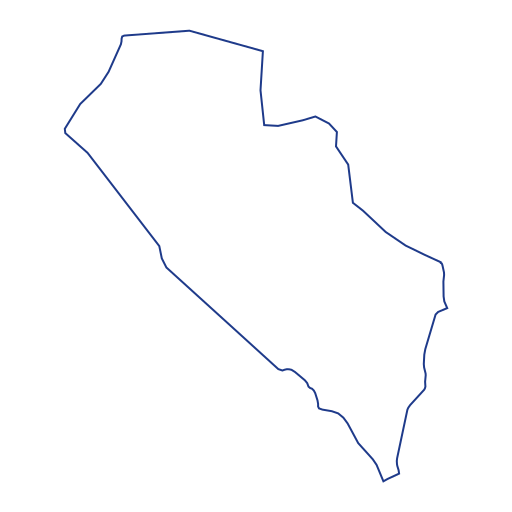 the Prefecture of Mayo-Kebbi Ouest
{"feature_id": "TCD-4858", "entity_name": "Mayo-Kebbi Ouest", "entity_type": "Prefecture", "adm_level": 1, "iso_a3": "TCD", "parent_name": "Chad", "parent_adm1": "", "projection": "robinson", "projection_center": [14.975, 9.209], "detail": "fine", "context": "isolated", "style": "outline", "palette": "blue", "viewbox_px": 512, "rotation_deg": 0, "n_neighbors": 0, "source": "natural_earth", "source_scale": "10m", "svg_char_len": 1251}
<svg xmlns="http://www.w3.org/2000/svg" viewBox="0 0 512 512"><path d="M189.4,30.7L262.9,51.2L260.5,90.3L264.2,125.1L278.1,125.9L302.7,120.3L315.4,116.5L329.0,123.5L336.9,132.0L336.0,146.4L348.2,164.6L352.9,202.8L363.0,210.7L385.7,232.0L405.7,245.6L424.4,254.7L440.7,262.2L440.6,262.7L440.8,263.0L441.7,263.4L442.2,264.5L442.6,266.0L444.0,272.5L444.1,275.0L443.4,281.5L443.6,296.4L444.3,301.4L447.2,308.1L438.2,311.9L435.6,314.5L425.3,349.1L424.3,354.6L423.8,364.0L424.1,367.4L425.2,371.9L425.6,373.6L425.7,375.3L425.1,381.7L425.4,386.6L424.9,388.4L424.2,389.7L410.2,405.0L408.3,407.7L407.4,409.7L397.1,458.3L396.8,461.0L397.0,464.3L397.3,465.9L398.6,470.2L399.1,473.6L387.7,478.9L383.4,481.3L376.6,464.9L372.8,459.3L358.2,443.1L347.6,423.4L343.4,417.7L338.2,413.4L331.8,411.2L322.4,409.6L319.0,408.4L318.1,406.5L318.1,403.9L317.5,400.4L315.2,393.1L313.8,390.5L312.0,388.7L310.1,388.0L308.5,386.6L307.2,383.1L304.9,380.3L295.0,372.0L291.5,369.8L289.2,369.3L286.9,369.2L284.7,369.7L282.4,370.5L278.3,369.1L222.4,318.3L166.4,267.5L161.8,258.4L159.3,246.1L87.6,152.9L65.3,133.1L64.8,128.8L80.2,104.0L100.8,83.9L108.6,71.8L120.9,44.3L121.5,41.4L121.6,38.7L122.2,36.5L124.2,35.6L127.9,35.3L189.4,30.7Z" fill="none" stroke="#1e3a8a" stroke-width="2"/></svg>